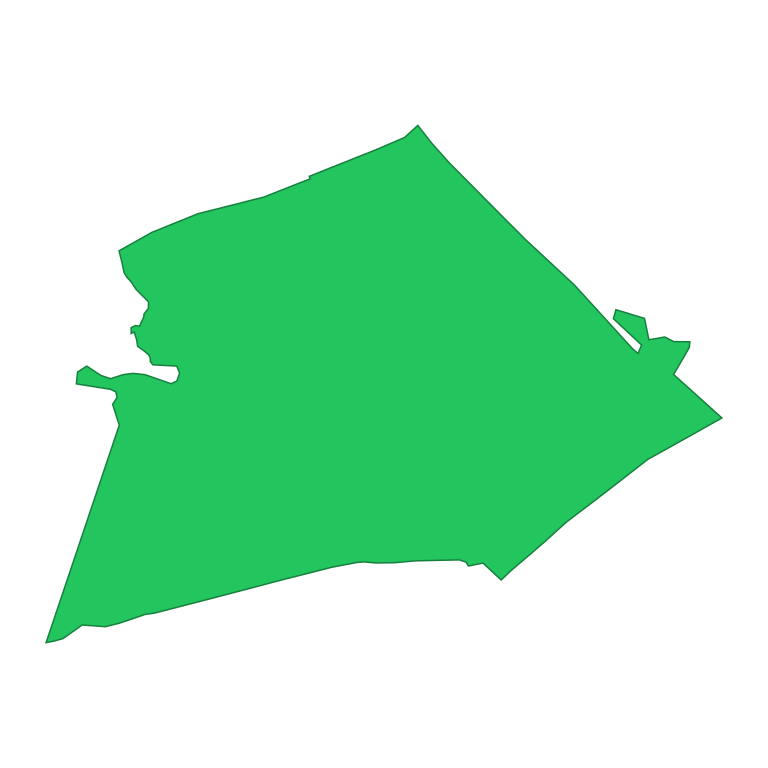 San Mateo Etlatongo, Oaxaca, Mexico
{"feature_id": "50627088B15495496169885", "entity_name": "San Mateo Etlatongo", "entity_type": "district", "adm_level": 2, "iso_a3": "MEX", "parent_name": "Mexico", "parent_adm1": "Oaxaca", "projection": "mercator", "projection_center": [-97.265, 17.424], "detail": "fine", "context": "isolated", "style": "filled", "palette": "green", "viewbox_px": 768, "rotation_deg": 0, "n_neighbors": 0, "source": "geoboundaries", "source_scale": "gbopen_adm2", "svg_char_len": 2630}
<svg xmlns="http://www.w3.org/2000/svg" viewBox="0 0 768 768"><path d="M46.1,642.6L54.0,641.1L63.0,638.6L82.2,625.0L105.4,626.7L119.7,623.1L145.5,614.3L150.5,613.7L153.9,613.2L156.9,612.5L221.2,595.9L230.3,593.5L254.2,587.2L258.7,586.0L262.9,584.9L267.2,583.8L271.6,582.6L275.9,581.5L284.4,579.3L285.0,579.1L285.9,578.9L294.2,576.8L300.2,575.3L306.1,573.8L312.1,572.3L317.8,570.8L320.7,570.1L322.3,569.7L330.8,567.5L331.6,567.3L346.8,564.4L347.6,564.3L356.2,562.6L363.7,561.9L376.0,563.0L380.6,562.9L387.7,562.8L393.7,562.8L394.8,562.7L403.8,561.9L412.6,561.1L416.7,560.8L421.6,560.7L426.0,560.6L444.5,560.2L459.3,559.9L466.0,562.1L468.4,566.0L483.1,563.1L486.5,566.3L489.7,569.3L501.2,580.0L510.0,571.5L521.0,562.1L521.5,561.7L529.8,554.6L540.9,545.0L544.8,541.7L555.9,531.6L556.4,531.1L566.5,522.0L573.1,517.0L579.3,512.2L580.2,511.6L593.5,501.5L601.4,495.4L611.7,487.5L647.9,459.3L670.1,447.0L677.9,442.6L693.4,434.0L704.9,427.5L721.9,418.0L697.1,395.6L673.6,374.5L684.4,356.1L689.3,347.5L689.7,343.8L689.9,341.8L684.2,341.7L673.7,341.6L664.8,337.0L651.0,339.4L649.2,339.7L648.9,339.7L645.4,322.7L644.5,318.4L615.9,309.7L613.4,318.7L636.4,340.2L640.1,343.7L641.6,345.0L638.0,353.4L632.6,348.8L579.6,290.7L574.6,285.2L537.7,250.9L529.4,243.2L526.6,240.6L526.1,240.1L525.7,239.8L524.4,238.5L517.6,231.6L510.4,224.4L508.2,222.3L491.5,205.4L485.8,199.7L480.0,193.8L469.4,183.1L467.7,181.4L449.8,163.4L431.9,143.4L417.8,125.4L412.9,129.9L406.5,135.7L404.7,137.4L380.3,147.9L375.8,149.8L359.9,156.1L344.7,162.2L340.1,164.0L332.4,167.1L329.5,168.2L309.3,176.3L310.3,178.8L301.3,182.3L296.9,184.0L288.3,187.4L284.1,189.1L279.9,190.7L275.4,192.5L263.8,197.1L257.5,198.7L256.2,199.0L252.2,200.0L247.8,201.1L242.9,202.4L241.0,202.9L233.1,204.9L225.9,206.7L225.0,206.9L222.8,207.5L220.3,208.1L219.6,208.3L218.1,208.7L215.5,209.3L212.4,210.1L209.5,210.8L203.5,212.3L202.8,212.5L198.4,213.6L197.5,213.9L196.5,214.3L169.6,225.2L155.1,231.1L152.2,232.2L139.4,239.4L127.4,246.1L127.2,246.2L127.0,246.4L119.0,250.8L121.8,261.8L124.1,272.6L127.1,277.5L131.0,281.7L136.1,289.4L148.5,301.9L148.4,308.4L144.0,314.0L143.8,316.9L139.4,326.3L135.5,325.5L131.1,327.7L131.2,333.5L134.2,332.0L136.7,339.9L137.6,346.3L143.1,350.2L146.0,352.5L148.9,354.9L150.3,358.4L150.3,361.5L152.8,364.8L176.8,366.1L179.6,373.2L176.9,381.0L171.1,383.7L144.8,374.6L133.5,373.4L132.8,373.4L123.3,374.6L110.6,378.7L101.0,375.5L86.7,366.1L77.6,372.0L77.1,376.7L76.4,383.9L92.2,386.4L106.6,388.7L110.6,389.3L115.8,391.9L116.1,392.8L116.2,393.5L117.2,397.3L112.6,404.3L114.3,409.5L116.4,416.3L119.3,425.1L46.1,642.6Z" fill="#22c55e" stroke="#15803d" stroke-width="1.5"/></svg>